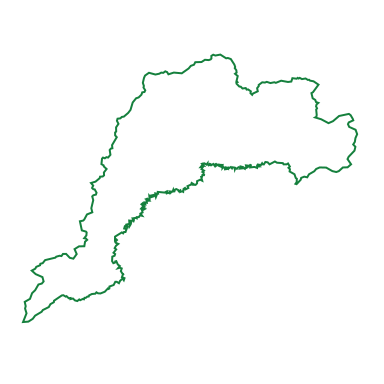 the district of Moyobamba, San Martín, Peru, rotated 273°
{"feature_id": "86281439B55224927366475", "entity_name": "Moyobamba", "entity_type": "district", "adm_level": 2, "iso_a3": "PER", "parent_name": "Peru", "parent_adm1": "San Martín", "projection": "natural_earth1", "projection_center": [-77.231, -5.91], "detail": "fine", "context": "isolated", "style": "outline", "palette": "green", "viewbox_px": 384, "rotation_deg": 273, "n_neighbors": 0, "source": "geoboundaries", "source_scale": "gbopen_adm2", "svg_char_len": 6023}
<svg xmlns="http://www.w3.org/2000/svg" viewBox="0 0 384 384"><g transform="rotate(273 192 192)"><path d="M289.4,139.3L288.9,137.1L286.5,136.4L283.6,133.7L282.7,131.3L278.3,128.1L270.8,126.3L267.6,124.1L263.7,120.0L263.3,118.0L261.8,116.6L261.3,113.8L259.2,113.3L256.2,115.0L252.6,112.8L248.4,113.1L247.4,112.1L244.5,112.3L242.8,114.0L234.6,109.7L231.5,110.2L231.1,108.7L229.6,107.6L224.9,108.6L222.0,106.4L222.3,104.7L221.1,103.2L221.7,101.3L220.6,100.4L215.1,100.1L213.9,102.4L212.9,102.6L210.5,105.5L206.9,103.0L204.0,103.3L202.8,102.0L202.5,99.4L201.0,99.1L197.3,95.1L195.7,90.7L193.2,93.0L190.8,92.0L189.6,93.3L189.5,94.7L186.3,96.7L184.4,96.2L183.6,93.7L182.4,92.6L178.7,93.8L170.5,92.3L166.5,93.5L164.1,88.3L158.8,85.8L157.7,84.7L156.9,81.6L147.9,84.0L146.9,88.2L146.1,88.9L143.1,88.8L140.2,86.8L139.9,88.6L138.7,89.8L136.8,87.8L132.2,87.3L131.8,82.0L128.8,77.7L124.0,80.1L119.2,77.0L119.9,73.4L123.6,69.5L123.4,66.4L121.2,65.0L121.4,63.1L120.3,59.8L119.3,59.0L116.3,48.9L113.1,46.6L112.4,44.3L110.9,44.1L109.1,40.4L107.2,39.5L105.1,36.1L101.8,40.2L99.2,47.1L94.9,48.5L92.7,46.8L91.6,43.5L85.7,40.5L82.6,37.6L76.8,35.8L73.5,30.7L69.3,31.9L66.9,31.4L62.2,33.1L53.3,30.1L54.0,35.4L57.0,39.6L60.3,41.8L64.5,48.1L66.3,49.2L69.6,55.0L72.6,56.5L74.7,59.8L76.2,59.9L81.9,67.4L82.2,68.9L80.9,71.4L81.4,72.2L79.5,74.4L79.8,76.2L78.7,76.2L79.4,78.7L77.6,80.8L77.1,83.2L78.8,85.0L78.1,86.0L79.5,88.6L79.2,89.7L80.7,90.2L80.7,91.4L82.1,93.0L82.2,94.3L83.4,94.7L84.9,97.4L85.4,100.8L86.8,101.8L85.9,103.5L85.9,105.9L87.8,110.1L91.3,113.1L90.8,113.7L91.3,114.5L93.3,114.5L95.0,118.6L98.3,120.1L98.4,121.5L97.1,123.8L99.5,124.8L101.4,126.7L101.6,127.5L100.3,128.5L102.4,129.1L103.3,126.5L106.0,127.3L106.7,128.4L106.3,127.2L109.2,125.1L112.0,125.8L112.6,123.9L112.0,122.1L114.3,123.8L115.7,121.7L119.0,120.0L118.7,119.0L117.4,118.7L116.8,117.2L118.8,115.8L123.3,115.8L124.3,118.0L126.0,118.5L127.2,116.8L130.7,119.3L131.9,117.7L134.5,119.0L136.3,121.1L137.3,118.5L138.2,117.9L140.1,119.6L140.8,118.9L140.2,117.6L143.4,117.5L148.0,124.1L147.1,125.4L148.5,126.2L148.6,127.7L151.6,128.6L152.0,126.2L154.2,126.7L153.5,129.5L154.3,129.6L155.2,127.9L156.0,128.0L157.0,131.4L154.9,131.6L156.6,132.5L158.3,132.8L158.5,131.0L160.2,130.8L160.0,133.5L161.1,134.2L160.0,135.2L161.1,135.5L162.6,134.2L163.2,137.1L162.8,138.2L164.0,138.2L164.1,140.2L166.0,141.3L165.6,143.5L167.8,141.7L169.0,143.7L170.9,143.1L172.7,145.9L173.2,144.7L172.2,143.1L172.6,142.0L174.6,143.6L174.9,145.0L177.1,142.2L178.4,143.6L176.8,144.3L176.9,146.1L179.1,145.5L178.9,147.5L180.8,147.1L181.0,149.1L182.5,146.6L183.0,147.7L181.5,149.5L181.7,150.1L185.9,149.6L184.5,150.9L185.3,153.0L186.5,151.8L187.1,154.0L185.8,153.8L186.6,155.7L185.0,156.2L188.2,157.3L188.0,155.8L188.7,155.5L188.6,158.2L190.3,157.9L190.0,164.6L191.4,167.0L190.5,167.3L188.9,165.9L190.0,168.3L189.4,170.0L190.2,170.8L191.4,169.9L191.3,172.6L193.2,173.2L191.7,173.7L191.7,174.4L193.5,174.9L194.1,176.1L193.3,178.0L192.1,178.7L193.0,180.1L191.4,180.2L192.2,182.1L191.7,183.2L194.6,183.4L195.7,184.8L195.1,185.2L194.4,184.4L194.1,185.1L195.8,188.1L197.6,187.2L199.4,190.7L201.0,191.2L200.0,193.1L199.3,192.8L199.3,195.2L200.9,196.6L203.1,196.5L204.7,199.5L203.8,201.6L207.6,200.4L207.8,201.3L209.5,201.5L209.5,203.9L210.1,202.4L212.1,202.6L212.6,201.4L214.0,202.8L215.3,200.3L217.6,201.6L217.3,199.3L219.1,200.6L218.9,202.3L220.7,200.5L221.1,201.6L220.3,202.2L221.2,203.1L220.1,205.0L221.5,206.0L220.6,206.0L218.9,207.9L220.2,207.2L221.1,208.2L220.9,208.8L219.9,208.5L219.6,209.6L221.1,211.8L218.7,213.8L219.1,214.3L220.6,213.3L221.3,214.5L220.6,215.3L220.8,217.2L220.3,217.4L220.1,216.3L219.6,217.4L220.6,217.8L220.6,220.0L219.0,219.0L218.5,220.3L219.5,221.2L217.6,221.2L218.6,221.9L218.0,222.6L218.3,223.8L216.4,223.8L216.7,225.3L217.6,224.5L218.2,225.5L217.3,226.8L219.0,226.7L217.6,227.5L219.0,229.5L217.7,230.7L218.8,231.2L218.6,233.2L216.8,233.6L218.3,234.1L217.5,235.6L219.2,237.1L218.8,238.7L220.1,239.0L219.7,241.0L218.0,239.4L218.5,242.5L217.9,243.6L218.9,243.8L218.9,245.1L220.2,246.8L220.4,244.8L221.4,244.5L221.2,247.9L222.1,248.7L221.8,249.4L219.6,248.9L220.3,253.1L219.5,255.7L220.7,255.7L221.0,257.7L222.1,255.8L222.9,256.2L222.5,259.4L224.4,260.5L223.3,261.3L223.3,262.3L225.8,263.7L225.6,266.0L223.7,268.0L226.8,273.2L225.7,275.3L225.6,281.2L224.4,282.0L224.6,285.1L225.5,286.4L222.5,288.4L221.2,287.1L219.9,288.6L217.6,288.4L215.1,293.4L211.4,294.9L210.7,296.0L207.3,296.0L205.6,294.9L205.3,296.0L209.9,299.9L211.8,300.3L213.2,303.3L212.7,306.3L215.8,307.9L219.1,313.0L221.5,314.8L223.2,318.2L223.4,324.7L220.2,331.1L219.5,335.0L220.5,337.5L224.4,341.4L224.8,346.1L228.0,349.4L233.0,345.6L235.4,346.6L241.8,352.1L245.7,352.8L247.9,350.5L250.6,352.0L254.4,352.4L258.4,353.9L262.7,352.1L265.2,345.6L267.9,344.2L269.7,344.9L272.0,349.3L273.5,348.7L277.0,346.4L278.2,344.6L275.6,334.9L270.1,329.1L267.9,324.7L271.4,317.2L272.9,311.1L273.7,312.3L275.5,312.5L280.8,311.7L282.1,312.5L284.0,311.4L286.0,311.8L287.6,313.5L288.4,311.1L290.4,310.3L291.9,307.6L297.0,306.1L298.0,307.6L305.8,312.7L308.9,307.6L309.4,304.0L310.2,303.1L310.0,301.8L311.3,299.5L310.5,295.9L311.6,293.6L310.9,292.6L311.5,291.6L310.6,290.6L310.9,286.3L307.5,285.4L306.9,282.1L307.8,275.2L305.4,270.0L305.9,268.5L304.9,264.6L305.9,260.9L305.1,259.1L305.2,256.4L302.4,253.0L301.2,253.1L299.1,251.6L296.0,252.4L293.5,247.7L292.2,247.0L293.8,245.2L295.6,245.5L297.4,242.6L297.1,241.2L298.6,240.2L298.0,237.0L299.7,235.2L299.8,233.7L302.5,230.8L303.9,230.5L304.2,231.6L305.4,230.7L310.2,231.6L312.3,228.8L313.6,230.3L315.9,229.9L318.0,228.2L319.1,228.6L321.5,227.6L326.8,223.8L327.7,220.8L327.3,219.1L330.7,213.1L329.5,208.2L330.2,206.0L328.9,204.2L326.3,204.4L325.4,203.7L324.6,201.8L324.7,198.0L322.3,194.7L321.8,188.5L319.2,187.3L317.9,184.2L315.2,182.2L310.0,175.6L310.3,167.6L308.3,162.3L310.4,160.9L311.1,159.0L309.5,157.1L309.6,155.0L308.4,153.1L307.4,149.3L308.8,142.8L305.8,139.0L303.4,138.1L298.4,137.2L295.4,138.4L293.8,138.1L291.1,140.0L289.4,139.3Z" fill="none" stroke="#15803d" stroke-width="2"/></g></svg>